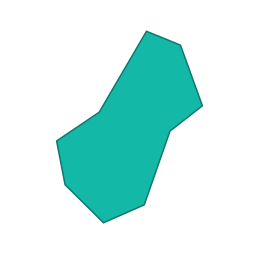 map outline of Gżira (Mercator projection), rotated 288°
{"feature_id": "MLT-5938", "entity_name": "Gżira", "entity_type": "state/province", "adm_level": 1, "iso_a3": "MLT", "parent_name": "Malta", "parent_adm1": "", "projection": "mercator", "projection_center": [14.498, 35.901], "detail": "fine", "context": "isolated", "style": "filled", "palette": "teal", "viewbox_px": 256, "rotation_deg": 288, "n_neighbors": 0, "source": "natural_earth", "source_scale": "10m", "svg_char_len": 284}
<svg xmlns="http://www.w3.org/2000/svg" viewBox="0 0 256 256"><g transform="rotate(288 128 128)"><path d="M223.0,152.3L172.1,191.9L138.1,168.9L60.0,167.2L30.3,134.0L54.6,85.7L93.6,64.1L134.1,95.7L225.7,115.7L223.0,152.3Z" fill="#14b8a6" stroke="#0f766e" stroke-width="1.5"/></g></svg>